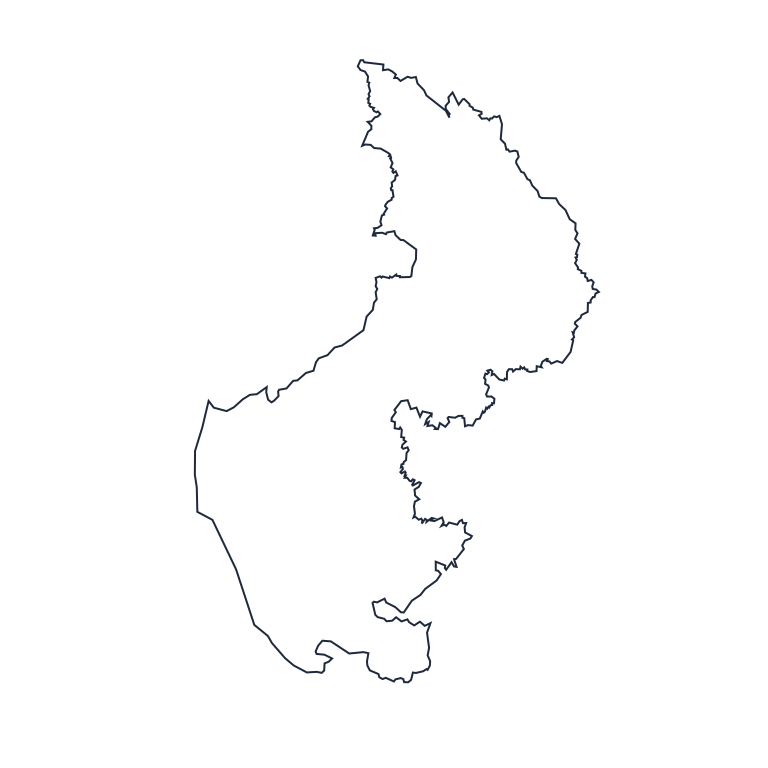 North East Gonja, Northern, Ghana (Robinson projection), rotated 28°
{"feature_id": "2480657B30922977157044", "entity_name": "North East Gonja", "entity_type": "district", "adm_level": 2, "iso_a3": "GHA", "parent_name": "Ghana", "parent_adm1": "Northern", "projection": "robinson", "projection_center": [-0.531, 8.741], "detail": "fine", "context": "isolated", "style": "outline", "palette": "slate", "viewbox_px": 768, "rotation_deg": 28, "n_neighbors": 0, "source": "geoboundaries", "source_scale": "gbopen_adm2", "svg_char_len": 6149}
<svg xmlns="http://www.w3.org/2000/svg" viewBox="0 0 768 768"><g transform="rotate(28 384 384)"><path d="M530.5,201.9L527.2,200.9L523.7,202.1L522.0,200.0L521.4,195.8L518.2,194.7L515.5,197.4L513.6,195.1L511.1,194.9L509.9,191.8L506.2,193.2L505.1,191.4L501.2,191.6L500.5,189.9L496.0,187.6L496.0,183.9L493.7,182.4L494.8,181.4L494.0,179.1L492.4,179.1L490.6,168.4L484.6,166.2L484.1,160.1L480.6,158.2L477.7,152.2L470.6,151.3L462.6,145.2L454.2,142.9L448.6,139.3L436.1,145.7L433.2,145.6L429.0,141.5L421.8,139.2L417.2,135.6L414.5,135.8L408.4,131.8L405.6,132.3L396.9,126.8L395.9,124.6L396.3,120.2L392.6,116.1L390.0,116.5L385.8,119.9L383.2,118.7L382.1,119.7L378.0,115.0L372.2,113.2L366.2,99.2L360.0,93.1L358.2,95.5L355.6,96.0L354.7,98.9L353.2,99.5L353.2,101.7L350.1,101.1L345.8,103.9L341.7,102.2L343.4,99.6L342.3,98.0L334.0,99.8L332.6,98.3L328.9,98.2L328.2,96.8L321.0,94.7L319.8,95.7L318.8,102.3L307.7,94.4L306.3,100.6L309.0,104.4L307.8,109.4L309.5,112.2L315.2,114.8L314.8,116.0L316.7,118.1L310.4,113.7L286.0,109.3L281.5,105.9L272.5,102.9L268.0,98.0L264.2,101.0L260.6,101.6L256.3,108.7L252.1,107.5L249.5,109.0L249.2,105.2L244.6,104.2L240.1,104.2L235.8,107.4L233.5,102.2L215.5,109.2L213.5,107.9L211.3,109.2L211.7,115.8L215.8,117.8L220.6,117.1L225.6,120.0L227.5,125.0L229.6,124.9L230.1,127.5L234.3,131.9L234.3,135.4L236.2,136.8L235.8,139.9L236.8,139.8L238.2,143.2L240.2,143.1L240.4,145.1L242.0,145.6L245.5,144.9L245.2,146.5L247.0,147.7L249.9,147.5L250.7,146.2L254.0,147.4L253.0,150.7L250.7,153.0L249.7,157.9L246.5,160.2L251.6,161.9L253.2,164.9L251.5,168.8L252.9,183.9L255.1,181.3L260.0,179.1L264.5,180.3L270.6,177.7L279.4,178.0L281.6,178.5L281.4,180.4L283.0,179.8L284.2,181.2L283.5,181.9L287.8,184.9L288.2,189.6L291.5,190.1L291.6,192.4L293.2,193.2L294.5,190.7L298.0,193.5L296.6,194.9L297.9,198.6L296.2,202.6L298.4,205.6L298.1,208.0L299.4,209.5L300.5,208.9L304.5,214.2L303.5,216.0L304.2,217.8L301.8,221.3L301.2,224.8L301.4,226.5L304.3,227.5L303.8,233.8L304.6,234.4L303.0,236.2L304.6,242.4L307.3,245.0L305.0,249.2L302.1,251.2L303.4,252.2L304.4,258.1L307.0,257.0L305.4,255.0L311.4,251.3L315.4,250.8L315.4,248.9L321.4,244.2L324.4,247.2L331.0,249.0L333.7,247.8L349.3,250.1L353.7,259.0L354.2,267.5L357.5,275.9L356.6,277.4L347.9,282.3L347.4,281.2L344.2,282.7L343.4,281.6L341.1,286.3L338.8,286.3L339.0,288.0L332.2,289.8L331.9,291.2L329.9,290.8L326.8,294.3L329.6,297.7L330.7,301.6L333.4,303.2L333.6,307.0L337.8,312.6L337.0,316.9L339.3,323.8L337.0,332.6L340.6,346.1L329.0,369.6L323.2,375.0L320.6,385.0L314.4,391.9L313.7,396.6L315.5,405.4L309.9,410.9L305.9,421.4L302.3,423.9L300.0,433.7L294.1,438.3L294.0,440.3L296.6,444.2L294.8,450.3L293.3,453.0L289.1,452.3L283.9,446.6L281.9,441.8L276.5,452.7L270.7,456.5L266.5,463.8L262.4,475.0L257.8,481.8L244.9,484.8L237.1,481.3L243.9,507.4L248.6,531.8L259.5,552.8L267.3,563.3L279.2,584.5L296.3,584.5L340.4,617.1L382.6,657.6L399.8,661.0L406.6,665.3L425.3,672.5L436.4,674.9L451.3,674.9L459.8,669.7L464.6,668.3L465.7,665.1L462.7,658.6L465.6,655.1L467.0,650.7L458.4,651.0L451.2,654.0L449.2,652.2L448.7,646.1L450.1,639.6L457.9,636.2L479.8,638.3L491.7,630.4L496.6,629.0L499.2,636.9L501.5,640.4L505.9,643.5L515.3,642.7L517.5,645.1L521.2,645.2L523.5,642.6L532.4,642.0L532.8,639.4L536.8,635.8L539.6,635.5L541.7,637.8L545.4,636.0L546.8,632.5L545.0,625.2L547.9,624.1L553.4,619.3L555.4,615.7L556.7,615.9L556.7,611.1L554.9,607.1L550.0,603.2L547.6,595.7L538.7,583.3L537.3,573.3L533.5,578.4L527.3,577.0L524.0,583.0L517.9,582.5L515.2,580.8L510.9,585.4L504.2,584.3L502.4,589.1L497.6,592.3L494.4,591.2L487.9,592.8L484.7,591.9L476.7,582.7L477.2,581.0L480.4,580.1L485.3,573.3L488.6,575.9L498.8,575.7L506.0,577.6L508.7,576.5L510.3,562.3L515.2,553.1L516.6,545.5L522.7,532.8L523.5,525.1L519.5,523.5L517.2,524.2L513.1,516.6L523.3,515.5L524.1,517.9L526.1,518.9L527.3,509.6L531.5,512.2L533.9,511.4L528.1,505.8L529.8,504.5L532.0,492.2L528.9,489.9L529.0,484.3L532.8,479.9L533.0,477.0L525.3,477.0L522.5,472.8L521.8,468.2L519.0,469.8L516.6,467.4L515.1,469.6L514.7,473.8L506.5,475.8L505.6,480.1L503.1,479.9L501.4,482.3L501.6,478.0L497.9,474.6L492.8,481.4L489.3,482.6L488.9,481.4L490.9,479.4L488.9,479.9L486.3,485.8L485.8,484.0L483.6,483.8L482.9,489.5L482.2,486.8L480.2,485.4L478.4,487.5L473.8,486.5L472.7,488.0L472.2,484.0L467.9,477.9L466.5,473.4L469.2,469.2L463.8,467.9L460.5,462.8L463.0,458.5L463.1,454.1L461.0,454.2L457.1,460.1L456.2,459.8L456.2,454.6L454.2,454.6L453.6,457.2L452.1,457.5L448.6,455.9L446.3,457.1L446.3,454.7L445.3,455.4L444.8,452.1L443.6,451.4L441.4,454.7L439.8,454.1L440.6,450.1L439.2,448.6L438.1,449.8L437.2,446.8L438.7,445.4L438.0,443.9L439.2,440.8L436.3,434.3L436.9,430.9L434.5,428.9L431.4,432.2L429.5,431.7L428.8,428.9L430.4,424.5L427.5,424.2L427.0,421.9L424.1,422.8L421.3,416.2L418.7,414.8L418.6,416.6L414.2,418.1L411.6,412.5L407.9,413.1L406.8,410.3L407.7,403.4L405.4,402.0L407.2,391.1L412.5,387.2L419.5,393.6L423.7,389.6L431.2,396.0L430.9,390.1L440.0,387.6L440.9,389.9L439.9,389.5L438.4,395.0L439.2,400.1L441.3,396.5L442.1,400.7L446.1,397.7L450.4,398.5L450.1,399.8L452.9,398.5L451.7,392.3L458.2,393.0L459.5,386.9L456.2,384.3L456.5,382.8L462.6,380.4L464.8,377.2L468.2,375.3L469.1,377.0L470.9,376.5L475.4,383.3L477.4,380.9L481.8,379.1L481.9,372.0L484.8,369.6L484.1,361.8L485.6,362.5L486.1,361.1L485.3,356.9L486.8,357.3L486.9,355.0L488.0,355.3L488.0,352.8L489.4,351.8L488.4,350.2L490.2,349.4L488.4,345.2L484.7,344.6L480.9,346.7L479.0,345.2L478.3,337.8L476.8,336.4L473.2,336.4L471.5,332.3L469.5,331.7L468.7,327.2L470.3,327.0L471.2,324.5L469.0,323.7L471.3,321.4L473.7,321.9L474.9,325.5L476.5,323.5L483.7,325.9L488.3,324.6L488.1,322.6L490.3,322.2L487.0,315.7L487.3,312.3L490.2,310.8L492.1,312.4L493.4,309.0L497.1,307.2L496.4,304.6L499.3,305.4L500.0,303.5L502.0,304.9L503.7,303.9L504.3,305.3L507.4,304.8L512.6,301.0L510.5,296.6L515.4,295.2L514.0,294.4L513.4,290.0L515.8,285.4L516.9,285.1L517.1,287.3L519.5,286.4L522.1,287.5L526.0,282.5L531.5,281.7L533.7,268.0L530.5,256.5L529.1,256.5L529.9,253.4L526.3,249.8L527.6,249.6L526.9,247.3L527.8,242.3L524.1,241.1L523.7,239.5L526.5,233.2L526.0,230.3L530.0,224.7L526.0,216.7L528.2,215.0L527.2,213.2L527.6,209.2L529.1,208.5L528.3,204.8L530.5,201.9Z" fill="none" stroke="#1e293b" stroke-width="2"/></g></svg>